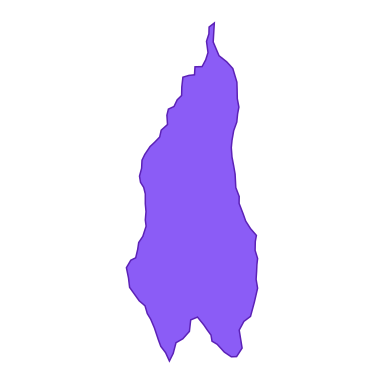 outline of Parisi, São Paulo, Brazil
{"feature_id": "56859067B23293504570828", "entity_name": "Parisi", "entity_type": "district", "adm_level": 2, "iso_a3": "BRA", "parent_name": "Brazil", "parent_adm1": "São Paulo", "projection": "equal_earth", "projection_center": [-50.037, -20.26], "detail": "fine", "context": "isolated", "style": "filled", "palette": "violet", "viewbox_px": 384, "rotation_deg": 0, "n_neighbors": 0, "source": "geoboundaries", "source_scale": "gbopen_adm2", "svg_char_len": 1322}
<svg xmlns="http://www.w3.org/2000/svg" viewBox="0 0 384 384"><path d="M214.3,23.0L209.1,27.0L208.9,33.9L206.5,41.3L208.0,52.6L205.7,59.8L202.1,66.6L195.0,66.8L194.5,74.8L188.9,75.4L182.9,77.2L181.8,87.0L181.6,95.5L177.2,99.8L174.0,106.5L168.4,109.1L166.9,115.2L167.5,124.5L161.2,130.2L159.7,137.0L154.7,142.2L150.1,146.5L144.8,154.4L142.0,160.2L141.6,168.3L139.5,176.1L140.5,182.3L143.7,187.4L145.3,193.9L145.3,203.8L146.0,211.7L145.3,220.0L146.1,226.2L142.8,236.4L138.7,242.5L137.7,249.3L135.7,257.8L130.8,260.2L126.4,267.7L128.5,278.0L129.6,287.4L139.2,300.8L145.0,305.8L147.3,313.6L150.7,319.2L154.4,327.9L158.3,339.6L160.8,346.4L165.6,352.7L169.4,361.0L173.2,353.4L176.0,342.7L182.8,338.8L189.4,331.4L190.7,319.9L197.5,317.1L203.8,324.9L207.2,329.9L211.0,335.1L212.0,341.2L217.2,344.3L224.3,352.1L231.3,356.8L236.6,356.6L242.1,348.1L240.6,338.8L239.2,330.1L243.9,321.4L250.5,316.4L254.3,302.4L257.6,288.2L256.1,279.3L256.6,271.5L256.9,264.7L257.6,258.5L255.1,250.4L255.3,241.5L256.4,235.4L250.5,228.6L245.7,221.1L243.2,214.0L239.1,203.4L239.2,196.5L235.8,187.6L235.1,174.1L233.7,166.0L232.0,157.1L231.3,147.6L232.0,140.4L233.7,130.6L236.8,122.0L237.6,113.9L238.9,107.1L237.3,98.7L237.1,89.0L236.9,82.2L232.8,68.5L226.7,61.8L219.0,55.7L213.2,42.0L214.3,23.0Z" fill="#8b5cf6" stroke="#5b21b6" stroke-width="1.5"/></svg>